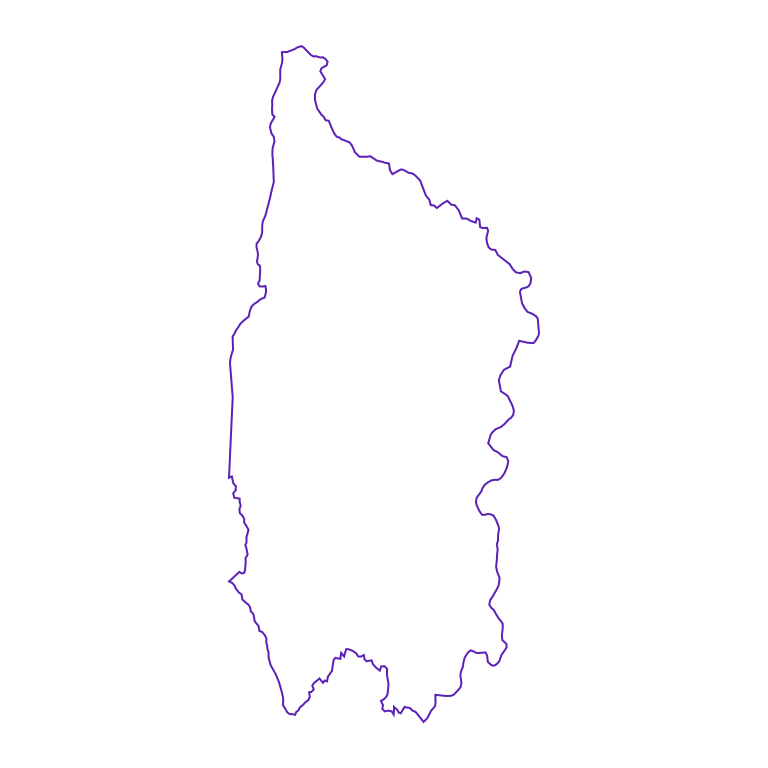 outline of Nova Roma, Goiás, Brazil
{"feature_id": "56859067B76960480051953", "entity_name": "Nova Roma", "entity_type": "district", "adm_level": 2, "iso_a3": "BRA", "parent_name": "Brazil", "parent_adm1": "Goiás", "projection": "equal_earth", "projection_center": [-47.008, -13.769], "detail": "fine", "context": "isolated", "style": "outline", "palette": "violet", "viewbox_px": 768, "rotation_deg": 0, "n_neighbors": 0, "source": "geoboundaries", "source_scale": "gbopen_adm2", "svg_char_len": 5208}
<svg xmlns="http://www.w3.org/2000/svg" viewBox="0 0 768 768"><path d="M292.1,714.2L295.1,714.8L296.2,712.0L298.2,710.6L300.1,707.1L302.7,705.2L305.5,702.2L308.3,700.1L309.8,696.9L309.1,692.3L311.3,692.0L313.7,689.5L312.3,685.6L314.0,683.0L316.3,681.2L319.5,678.5L323.0,682.8L324.7,680.5L327.0,681.4L327.9,676.7L331.9,671.0L332.5,667.2L333.0,663.7L333.7,659.9L335.3,657.8L337.9,658.4L340.3,658.9L341.2,652.9L344.1,656.4L345.2,652.3L346.3,649.1L348.5,649.2L352.8,650.9L356.1,653.2L358.2,656.4L360.5,656.7L363.8,655.1L364.5,659.1L366.6,661.3L371.6,660.3L373.0,664.3L376.0,667.6L379.8,670.6L381.3,666.3L384.7,666.3L387.1,668.8L386.9,674.5L387.6,678.6L388.5,683.9L388.0,690.3L387.5,694.2L386.2,696.9L383.6,699.4L380.9,701.0L383.0,705.1L382.3,709.0L384.9,711.4L388.3,710.6L391.7,711.4L393.7,714.5L394.0,710.0L394.0,706.9L397.2,709.8L398.7,712.5L400.8,713.3L403.0,709.5L404.6,706.9L407.1,707.6L409.9,708.0L412.5,710.6L415.7,712.0L423.6,721.9L427.4,718.1L431.0,710.9L435.0,706.2L435.5,703.0L435.4,694.8L438.9,695.2L446.3,696.0L451.2,695.8L453.8,694.7L458.4,689.9L460.6,687.0L461.4,683.0L460.4,675.3L460.8,672.0L462.9,666.7L463.4,662.7L464.7,657.6L467.9,652.6L470.7,650.4L473.0,651.1L475.5,652.6L478.0,653.1L485.4,652.4L487.1,655.4L487.8,661.8L491.4,665.2L494.0,665.7L496.5,664.3L499.3,661.3L501.4,655.0L504.5,650.7L506.6,647.4L506.5,644.1L502.3,640.0L501.9,635.0L502.7,628.2L502.7,623.6L498.3,617.8L495.7,613.5L493.5,609.6L491.4,608.0L489.3,604.7L490.1,600.3L493.2,595.6L497.4,588.1L498.7,585.2L499.6,578.0L497.1,571.6L496.1,566.6L496.8,560.6L497.1,554.4L497.7,549.5L496.8,544.2L498.0,540.6L498.1,535.1L499.1,528.5L498.4,525.8L496.0,519.8L493.4,515.5L490.4,514.3L487.9,514.0L484.2,514.9L481.9,514.6L479.7,511.5L476.8,505.6L475.9,501.8L476.7,497.6L481.1,491.7L482.4,488.4L484.7,484.8L487.9,482.3L491.4,480.4L494.9,479.8L498.0,479.9L501.0,478.0L504.2,473.6L506.4,468.8L507.8,464.0L508.2,461.0L506.7,457.2L502.4,456.1L498.0,452.4L493.5,450.0L488.2,443.3L490.7,434.8L492.2,432.5L495.5,429.3L501.0,426.9L504.4,424.1L508.9,419.3L511.2,417.7L513.3,414.7L513.9,410.5L512.1,404.9L507.8,396.2L505.5,394.3L500.9,391.4L499.9,385.8L498.8,380.3L500.4,375.3L503.8,370.0L506.3,368.5L510.1,366.7L512.5,356.1L516.3,348.3L519.2,340.8L527.6,342.7L533.4,343.1L535.4,341.0L538.4,335.8L539.0,333.0L537.7,318.5L535.9,316.1L532.1,313.7L527.7,312.0L525.1,308.9L522.0,303.2L519.9,291.7L521.5,288.8L527.4,287.1L529.2,285.5L530.6,282.7L531.2,278.1L528.6,272.1L524.2,271.5L520.1,273.2L515.8,272.3L512.5,268.8L509.8,264.3L501.5,257.8L497.8,254.9L495.3,250.0L491.2,249.5L488.6,247.3L487.0,242.8L486.4,237.7L488.2,230.8L487.0,227.8L482.8,228.1L480.1,227.1L479.3,219.6L476.7,218.2L475.6,222.6L471.4,221.2L466.5,218.5L462.1,218.5L458.8,210.4L454.9,205.3L451.1,204.6L447.4,200.8L443.2,203.2L436.8,208.0L434.1,205.5L430.8,205.1L429.4,199.9L425.9,195.5L424.5,192.0L420.2,180.6L415.6,175.8L412.9,173.7L408.2,172.6L405.4,170.9L403.4,169.9L401.2,169.4L398.8,170.5L392.4,174.2L389.9,169.9L389.0,163.6L385.2,162.8L382.5,161.9L376.8,160.6L370.2,156.2L366.3,156.8L363.9,156.7L359.5,156.8L355.1,152.4L351.7,145.1L349.5,142.3L346.5,141.2L343.7,139.9L341.5,139.5L339.6,137.5L336.7,136.8L334.1,133.2L331.2,126.9L328.8,120.8L325.6,120.2L323.7,116.8L321.1,114.3L317.2,108.5L315.8,103.2L314.9,99.3L315.0,94.2L316.5,89.8L320.8,85.2L323.7,81.7L325.1,79.0L320.3,71.3L321.6,68.1L326.6,65.4L327.6,61.7L325.4,58.9L323.0,57.3L320.3,57.5L315.9,56.2L313.6,56.5L310.8,54.9L304.0,47.8L301.5,46.1L297.4,47.4L294.6,49.1L287.2,52.0L281.9,52.1L282.4,58.7L282.2,62.3L281.2,66.0L280.3,69.3L280.2,72.3L280.3,78.5L279.6,82.5L274.7,93.3L273.0,96.9L272.0,101.1L272.3,104.3L272.0,109.5L272.3,114.4L274.6,116.9L270.6,123.7L270.0,127.7L271.6,133.7L273.7,136.6L274.5,141.2L272.7,147.9L272.4,151.1L272.4,155.9L272.8,158.7L272.9,162.4L273.2,166.1L273.8,181.9L271.2,192.2L270.2,197.2L269.0,201.9L267.1,209.0L266.2,212.6L265.2,216.1L262.8,221.3L262.2,225.6L262.2,232.4L261.1,236.6L258.6,241.2L256.6,243.7L256.5,247.2L257.6,251.8L258.0,254.8L257.6,258.1L256.9,261.6L257.9,264.4L259.8,265.6L260.2,269.4L260.0,273.8L259.6,280.6L258.0,283.5L259.5,286.3L262.3,286.6L265.3,286.0L266.0,289.1L266.0,292.2L264.6,297.5L260.4,299.3L257.7,301.6L253.6,304.4L251.2,307.1L249.8,311.2L248.7,316.6L243.9,320.4L240.4,323.7L238.3,327.1L236.0,330.4L234.6,333.4L232.6,336.6L232.8,343.2L233.1,349.4L231.1,355.8L230.4,359.1L230.0,363.1L232.1,389.7L232.7,397.3L229.0,477.7L231.8,476.4L233.4,483.4L235.9,486.3L235.7,490.1L233.2,493.3L234.3,497.7L239.6,498.6L239.7,502.2L240.7,505.6L239.4,509.2L239.9,513.3L242.5,515.7L244.3,519.3L244.1,522.4L246.3,525.9L248.5,529.7L247.7,533.0L246.5,536.9L246.5,542.5L245.3,545.1L246.5,548.6L247.6,554.7L245.5,558.2L245.7,562.4L245.0,570.5L244.0,573.0L241.8,573.4L239.4,571.9L229.1,581.4L232.1,582.9L234.5,585.4L235.6,588.2L238.8,592.4L241.7,594.7L242.3,599.4L246.3,603.1L248.5,604.7L250.2,607.6L250.8,611.4L253.2,613.7L254.0,616.9L254.7,621.4L258.4,625.7L259.6,631.2L262.0,631.8L264.7,635.0L266.5,638.6L266.2,642.2L267.1,645.5L267.5,649.2L268.5,651.9L268.6,657.2L269.5,661.0L270.6,665.0L272.2,668.0L274.2,671.5L275.9,674.7L277.1,677.5L279.1,682.5L281.7,691.7L283.2,698.1L283.1,705.5L285.3,708.7L287.2,712.3L289.4,713.9L292.1,714.2Z" fill="none" stroke="#5b21b6" stroke-width="2"/></svg>